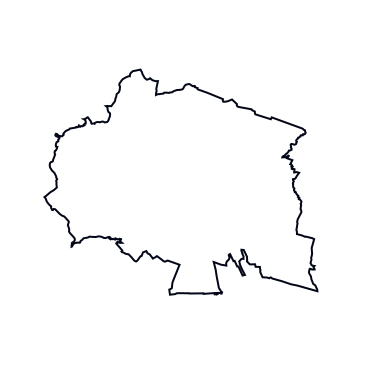 the district of Valenii De Munte, Prahova, Romania, rotated 195°
{"feature_id": "2599482B21871651399137", "entity_name": "Valenii De Munte", "entity_type": "district", "adm_level": 2, "iso_a3": "ROU", "parent_name": "Romania", "parent_adm1": "Prahova", "projection": "natural_earth1", "projection_center": [26.048, 45.192], "detail": "fine", "context": "isolated", "style": "outline", "palette": "ink", "viewbox_px": 384, "rotation_deg": 195, "n_neighbors": 0, "source": "geoboundaries", "source_scale": "gbopen_adm2", "svg_char_len": 6056}
<svg xmlns="http://www.w3.org/2000/svg" viewBox="0 0 384 384"><g transform="rotate(195 192 192)"><path d="M285.1,286.0L288.0,283.2L288.8,281.6L290.1,278.0L290.0,276.5L289.4,276.1L288.7,274.8L288.2,271.5L288.5,269.4L290.1,267.0L289.9,264.3L290.1,262.2L289.9,259.8L292.2,254.0L296.3,253.1L297.3,252.7L295.9,252.1L295.5,251.7L295.0,250.1L293.7,247.9L291.8,246.9L291.3,246.2L290.9,243.9L291.4,238.8L291.8,238.1L292.3,237.5L294.4,236.6L295.6,237.0L297.2,236.7L299.0,235.5L301.0,235.3L302.4,234.7L303.8,233.4L303.8,232.7L304.5,232.9L306.5,232.0L307.1,232.3L307.7,233.8L311.6,236.9L312.0,237.2L312.4,237.0L313.2,235.8L314.0,235.3L314.2,234.7L315.3,234.3L313.8,233.9L312.8,232.3L312.4,230.7L313.1,230.5L313.9,229.1L313.1,228.9L313.0,228.7L314.9,227.1L316.3,227.0L316.8,226.1L317.3,226.1L318.5,227.0L318.6,226.6L318.4,225.6L319.2,225.0L320.6,224.9L321.1,224.4L321.0,224.1L326.5,221.6L326.8,220.7L329.6,218.4L330.0,217.8L331.2,215.4L331.3,215.0L330.9,214.6L330.9,213.7L331.3,213.6L331.7,212.4L332.8,212.0L335.0,211.8L337.7,213.1L338.6,212.9L338.8,211.9L338.6,211.3L337.7,210.7L334.1,210.4L334.0,209.2L334.8,208.0L334.3,206.3L335.6,205.2L335.9,203.0L335.2,200.7L334.3,200.5L333.8,200.7L333.7,199.4L334.1,197.4L334.7,196.2L335.1,196.0L335.0,194.5L334.5,193.9L334.2,192.7L333.9,192.6L334.5,186.8L334.3,186.1L334.6,185.3L336.0,184.3L336.5,183.6L336.5,181.5L335.8,179.6L334.9,178.4L333.8,177.5L333.3,176.8L329.8,174.8L327.3,172.0L326.7,170.5L325.6,169.6L326.1,167.6L325.4,166.4L325.0,164.5L323.7,161.4L325.9,158.1L328.7,155.2L332.1,150.2L333.2,148.9L331.6,147.8L329.8,145.2L328.4,144.0L325.8,142.3L324.4,141.8L324.0,140.2L322.4,138.4L321.7,138.6L321.2,139.8L319.6,139.9L314.3,136.7L311.3,135.5L309.2,135.3L308.0,134.7L303.5,131.7L303.2,131.2L303.3,127.8L301.0,124.4L300.5,121.9L299.5,120.9L294.5,117.7L293.4,116.8L292.9,115.9L292.8,114.7L293.2,113.5L294.8,111.8L294.2,108.0L293.7,108.4L293.5,109.9L292.8,111.6L290.3,113.2L287.2,114.0L287.0,114.4L287.1,115.1L286.9,115.8L285.6,117.5L284.8,119.2L280.9,121.0L279.5,122.3L273.6,123.5L271.1,124.8L269.8,125.2L267.3,125.3L265.3,124.8L263.4,125.2L261.3,126.8L260.3,127.2L259.0,126.9L258.9,126.4L259.6,125.6L258.4,125.2L258.1,125.7L256.5,125.9L256.0,126.4L254.4,126.1L253.5,126.3L253.4,126.7L254.1,127.1L254.0,127.4L251.0,127.0L250.0,128.0L248.3,128.1L248.2,127.7L248.9,126.4L248.9,125.8L246.5,124.8L248.4,124.2L250.9,124.6L251.1,124.5L250.9,123.6L251.6,123.2L251.1,122.5L251.4,122.3L244.2,117.5L244.7,116.2L244.1,115.8L242.3,115.7L239.8,115.1L237.1,115.4L233.7,113.4L230.4,111.1L229.5,110.6L228.0,110.4L227.0,111.6L225.1,116.6L224.1,117.2L223.7,121.0L220.8,123.1L219.1,121.3L216.7,120.8L212.5,117.6L210.0,120.0L209.3,121.0L203.4,118.7L202.1,118.0L200.1,117.7L197.7,119.5L185.2,118.5L187.3,101.0L187.4,99.1L186.6,94.1L186.8,93.5L188.7,91.8L186.7,87.1L182.6,88.7L181.7,89.1L180.6,90.2L179.1,90.7L168.7,93.4L168.6,93.2L168.2,93.3L154.6,97.1L154.4,96.6L144.1,100.2L143.6,99.0L142.3,99.5L141.8,99.3L140.9,100.1L141.9,100.9L139.1,101.7L138.6,101.8L137.9,101.3L137.1,101.5L137.0,103.0L138.2,103.5L141.2,106.3L146.2,116.6L149.0,123.0L152.9,130.0L145.2,129.3L139.8,129.8L140.5,131.8L140.5,133.2L140.3,134.0L138.9,136.3L138.8,137.5L138.8,138.4L140.1,140.3L140.1,141.0L139.2,141.9L134.0,135.9L133.0,136.5L129.0,131.7L127.9,132.0L121.5,124.4L119.4,125.6L124.4,131.1L126.7,134.1L128.4,137.2L126.9,140.1L126.3,140.5L125.0,140.7L125.6,143.2L127.5,145.5L127.7,145.8L127.5,146.2L128.9,147.7L129.3,149.0L127.0,149.4L122.1,143.7L121.0,140.1L120.9,139.2L118.2,137.5L117.1,137.1L112.4,138.5L111.2,136.2L107.0,137.2L106.4,135.4L105.6,134.3L105.7,133.7L105.4,132.4L101.8,127.9L97.4,128.8L95.0,128.7L94.2,129.7L93.7,129.9L92.0,129.2L82.2,129.1L72.4,128.5L66.0,128.9L45.2,128.6L45.9,130.3L48.7,133.7L51.1,134.6L54.2,138.8L55.2,141.2L57.5,143.5L58.3,144.8L58.5,147.9L58.2,148.4L55.9,148.2L53.5,148.9L53.7,149.4L54.5,149.8L54.7,150.6L55.3,151.1L54.6,152.2L56.6,152.1L57.5,152.3L59.1,154.0L59.1,157.5L59.9,159.4L59.8,161.0L60.0,163.4L61.9,168.9L61.8,178.1L63.8,178.5L70.6,178.4L71.2,178.0L74.5,178.5L79.7,178.5L80.5,181.1L81.3,182.2L82.0,189.2L82.7,190.2L82.8,193.1L81.1,200.7L81.8,202.6L82.7,203.5L83.1,206.3L83.1,207.4L84.0,208.8L83.7,209.7L83.9,211.3L85.5,212.5L87.1,212.8L87.2,213.3L86.8,214.0L88.4,214.6L88.1,215.5L88.2,215.8L90.0,216.6L90.6,217.4L91.1,217.6L91.6,218.6L92.1,218.9L92.7,218.6L92.9,219.2L93.7,219.7L94.0,220.2L94.0,221.9L95.4,222.7L96.3,225.1L96.3,225.9L96.9,226.7L96.4,228.6L97.4,229.5L97.8,230.5L96.3,231.1L95.5,232.2L94.9,234.6L93.5,238.3L96.1,238.3L98.4,237.3L98.6,237.7L98.5,238.4L98.8,240.5L99.7,240.7L100.9,240.0L101.6,240.1L101.8,240.7L101.6,241.7L102.5,242.0L102.5,242.3L101.6,242.9L102.7,243.9L103.9,244.2L103.9,244.9L104.1,244.8L103.3,248.7L109.0,249.2L107.5,252.6L110.4,250.0L113.7,248.8L113.7,249.3L113.1,250.3L112.0,251.2L110.8,253.4L110.4,253.5L109.3,255.8L109.1,257.1L108.0,257.5L106.8,258.5L107.2,260.0L108.0,260.5L108.1,261.9L108.9,262.9L108.9,263.6L108.4,264.1L107.5,264.3L105.2,264.2L104.0,265.2L103.8,265.9L104.1,267.0L103.7,267.6L104.5,268.2L104.7,268.8L104.4,269.9L103.7,270.7L103.6,271.8L103.0,271.9L102.3,273.2L101.5,273.8L101.7,274.8L101.3,275.1L99.6,275.5L99.6,276.6L98.6,276.7L97.8,277.5L97.6,278.8L98.3,279.5L98.8,280.8L100.5,281.1L101.2,281.7L102.3,281.9L134.3,284.7L134.7,282.7L150.6,283.4L151.2,283.7L151.7,284.5L152.0,285.8L152.2,286.0L155.3,286.6L155.9,287.3L169.2,286.2L170.4,286.5L171.1,287.1L171.3,288.5L177.3,291.7L180.9,288.9L183.5,287.7L185.1,287.3L185.9,288.1L186.1,289.7L202.8,291.8L212.9,292.6L213.4,293.0L213.5,293.8L216.3,294.0L216.4,294.8L216.7,295.1L218.8,294.4L222.2,295.6L223.2,295.4L225.9,293.9L226.8,292.0L227.3,289.5L228.0,288.6L230.2,287.5L233.0,286.6L235.7,284.7L237.0,283.2L239.2,282.3L239.8,281.8L244.0,281.0L244.7,280.6L245.0,279.7L250.7,277.4L251.9,276.4L252.3,278.2L252.3,280.3L253.2,282.5L253.6,290.3L255.8,289.7L259.0,289.7L261.9,291.0L262.0,290.6L263.7,289.3L265.1,288.8L267.4,290.1L270.3,293.0L271.4,294.9L272.2,295.5L273.4,296.9L280.4,293.4L281.7,291.5L282.1,290.6L282.3,289.3L282.0,287.7L282.8,287.6L285.1,286.0Z" fill="none" stroke="#020617" stroke-width="2"/></g></svg>